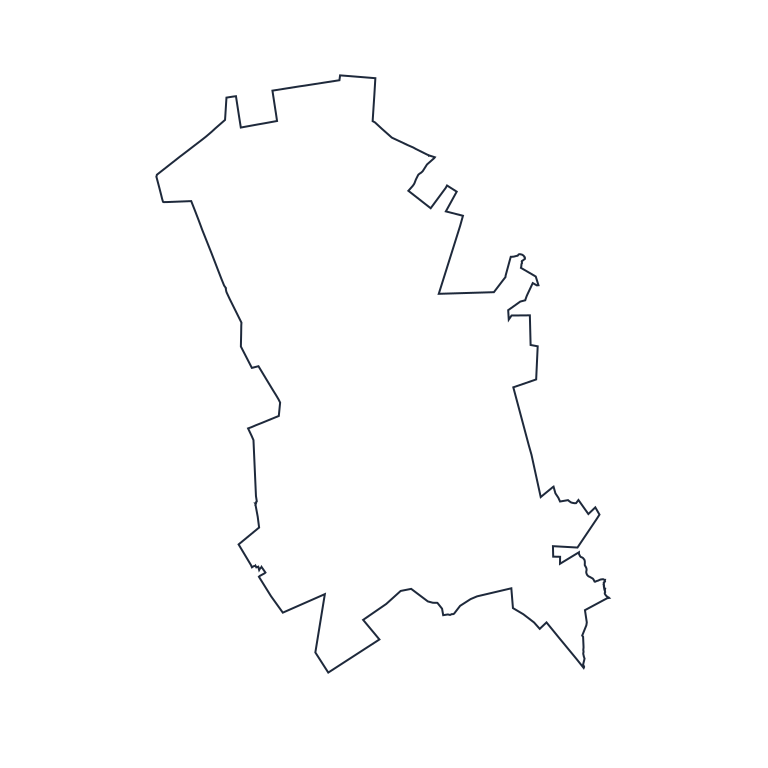 outline of Opodepe, Sonora, Mexico, rotated 81°
{"feature_id": "50627088B76508997852309", "entity_name": "Opodepe", "entity_type": "district", "adm_level": 2, "iso_a3": "MEX", "parent_name": "Mexico", "parent_adm1": "Sonora", "projection": "albers", "projection_center": [-110.689, 30.036], "detail": "fine", "context": "isolated", "style": "outline", "palette": "slate", "viewbox_px": 768, "rotation_deg": 81, "n_neighbors": 0, "source": "geoboundaries", "source_scale": "gbopen_adm2", "svg_char_len": 5595}
<svg xmlns="http://www.w3.org/2000/svg" viewBox="0 0 768 768"><g transform="rotate(81 384 384)"><path d="M660.3,484.2L635.6,428.5L613.7,441.5L601.6,416.2L591.0,399.9L590.6,389.2L605.6,374.7L607.7,370.0L608.5,365.5L615.0,361.8L621.6,361.7L621.6,358.0L621.6,357.2L621.8,356.4L622.3,355.4L622.4,354.6L622.1,353.8L621.9,353.1L622.1,351.8L622.0,351.2L621.7,350.6L615.0,343.5L610.0,332.1L608.3,325.3L605.7,290.2L625.5,291.7L633.2,282.4L643.0,273.1L650.2,268.5L644.9,260.8L662.1,250.8L685.5,237.0L695.7,231.2L695.4,231.0L695.1,230.8L694.9,230.7L694.7,230.6L694.1,230.7L693.8,230.8L693.4,230.9L693.1,231.0L692.8,231.1L692.5,231.1L692.3,231.2L692.1,231.1L691.9,231.1L691.7,231.0L690.5,230.5L689.8,230.2L688.4,229.6L688.1,229.5L687.9,229.4L687.1,229.1L686.7,229.0L686.6,228.9L686.2,229.0L685.9,229.0L685.3,229.1L684.1,229.3L683.2,229.3L682.3,229.4L681.6,229.4L681.1,229.3L680.9,229.3L680.7,229.1L680.1,228.9L679.8,228.9L679.6,228.8L679.4,228.8L679.0,228.7L678.4,228.8L677.6,228.7L676.8,228.5L675.8,228.2L674.5,228.0L664.8,226.9L663.5,227.6L654.0,221.9L651.2,221.0L638.8,220.9L630.5,197.1L630.5,195.1L630.1,195.4L629.8,196.0L629.3,196.4L628.5,197.3L627.2,198.1L626.5,198.4L625.8,198.7L625.0,198.7L624.1,198.1L623.9,198.2L623.7,198.2L623.4,198.2L623.0,198.2L622.7,198.3L622.4,198.1L622.2,198.0L621.9,198.2L621.8,198.3L621.7,198.3L621.5,198.5L621.4,198.5L621.3,198.4L621.2,198.3L621.1,198.1L621.0,197.9L620.9,197.7L620.7,197.6L620.6,197.8L620.4,198.0L620.2,198.3L620.1,198.5L619.9,198.6L619.7,198.6L619.5,198.4L619.4,198.3L619.2,198.3L618.8,198.3L618.7,198.3L618.4,198.4L618.3,198.5L618.1,198.5L618.1,198.4L617.8,198.3L617.6,198.3L617.4,198.2L617.2,198.3L616.9,198.2L616.7,198.2L616.4,198.2L616.3,198.3L616.2,198.4L615.9,198.2L615.7,198.2L614.9,198.1L614.9,197.8L614.8,197.7L614.7,197.6L614.4,197.6L614.1,197.5L614.0,197.4L613.8,197.3L613.7,196.8L613.6,196.6L613.4,196.5L613.1,196.6L612.9,196.7L612.6,196.6L612.2,196.5L612.0,196.4L611.9,197.0L611.5,197.5L611.1,198.1L611.0,198.9L611.0,199.6L611.0,200.8L611.1,201.3L611.4,202.3L611.7,203.3L611.8,204.3L611.9,204.8L612.1,205.7L612.3,206.2L612.3,206.6L612.0,207.0L611.6,207.1L610.9,207.3L609.8,207.7L608.9,208.2L608.3,208.9L607.6,209.8L606.7,210.9L606.3,211.6L605.6,212.4L604.4,213.2L603.9,213.4L602.4,213.7L601.4,213.7L601.0,213.6L600.2,213.3L599.3,213.0L598.3,212.9L597.4,213.0L596.8,213.1L596.1,213.4L595.6,213.5L594.9,213.9L594.4,214.0L594.1,214.0L592.5,213.7L591.3,213.5L590.3,213.4L589.6,213.5L588.8,213.6L588.2,214.0L587.1,214.6L586.3,215.5L585.6,216.7L584.9,217.2L584.3,217.4L583.6,217.6L582.9,217.9L581.8,218.0L580.7,217.8L589.1,238.3L582.2,237.1L581.0,243.9L570.6,242.5L575.8,218.5L550.1,194.6L546.7,191.6L538.9,194.6L544.4,202.5L529.0,210.1L531.7,212.9L531.6,214.3L531.0,216.1L530.3,217.7L528.8,219.3L527.5,220.4L527.6,228.5L523.6,229.6L518.8,231.8L511.9,232.6L512.1,233.1L518.3,243.7L520.2,246.9L477.0,249.4L467.0,250.6L407.5,256.8L403.3,233.0L370.8,226.3L368.4,233.1L339.0,229.2L336.3,247.3L339.9,250.7L330.5,249.8L323.9,236.5L323.4,231.4L321.8,230.6L319.6,229.4L317.9,228.3L307.6,221.3L310.5,217.6L310.6,216.0L301.6,217.3L290.7,230.6L289.0,229.9L288.6,229.8L288.2,229.8L286.8,229.3L286.3,229.0L286.2,228.8L285.9,228.8L285.7,228.8L285.1,228.7L284.6,228.8L284.3,228.7L284.0,228.4L284.0,228.1L282.4,225.2L282.1,225.2L281.6,225.1L280.9,225.1L280.8,225.3L280.6,225.3L280.4,225.5L280.0,225.7L279.5,225.8L279.1,226.1L278.8,226.3L278.5,226.7L277.8,227.5L277.5,228.2L277.4,228.5L277.3,228.8L277.1,229.2L277.0,229.7L277.0,230.4L277.2,230.9L277.8,231.5L278.1,231.8L278.2,232.0L278.2,232.9L278.2,233.2L278.3,233.8L278.4,235.0L278.5,235.9L278.4,236.9L278.4,237.6L278.2,238.9L281.0,240.2L295.9,246.9L297.4,247.3L300.1,250.2L310.5,261.1L303.5,315.8L239.8,284.1L230.2,279.7L223.2,295.9L205.4,282.1L197.8,290.7L200.0,292.4L217.7,310.4L197.0,329.7L192.9,324.7L192.4,324.2L191.4,323.2L190.3,322.4L188.9,321.6L187.0,320.5L183.5,318.0L182.6,317.3L182.2,316.6L181.6,315.5L181.1,314.3L180.5,313.4L179.9,312.5L173.9,307.2L168.7,299.0L168.0,298.3L165.6,303.1L165.6,304.0L165.0,304.1L164.3,305.3L156.9,315.7L155.0,318.1L151.7,323.3L141.9,337.7L131.7,346.1L124.2,352.0L122.6,354.1L96.5,348.2L80.6,344.7L74.6,369.5L72.3,379.1L77.0,380.5L76.9,410.1L76.9,415.3L76.8,421.2L76.8,448.3L96.3,448.4L99.8,448.4L107.5,448.5L107.8,461.3L107.9,468.3L108.3,485.3L96.5,485.3L76.6,485.2L76.5,488.5L76.5,490.7L76.5,494.8L94.4,498.8L98.3,499.7L105.2,510.7L108.0,514.9L111.8,521.1L113.7,524.5L120.6,537.2L124.9,545.1L125.0,545.3L126.3,547.7L127.4,549.8L141.8,575.6L142.9,576.0L143.6,576.4L145.3,576.2L155.2,575.2L162.6,574.5L166.3,574.2L168.5,573.9L169.4,573.8L169.7,573.5L170.0,572.8L170.0,572.2L170.4,569.5L173.2,545.8L183.6,543.5L193.0,541.5L199.9,540.1L203.0,539.5L221.2,535.4L227.4,534.0L240.0,531.3L245.2,530.2L254.9,528.1L261.8,526.5L264.6,525.1L265.0,525.4L267.8,525.3L269.0,525.1L275.6,523.2L301.1,515.2L303.8,515.8L311.9,517.2L324.6,519.5L347.4,512.0L346.8,505.2L361.6,499.2L373.1,494.5L378.3,492.3L382.6,490.6L386.1,489.5L399.1,492.9L401.0,501.0L403.3,510.7L404.7,517.0L405.5,520.1L405.6,520.5L405.9,521.7L406.6,525.2L414.4,522.9L419.0,521.7L474.7,528.0L480.0,528.0L480.5,528.5L480.6,528.8L480.8,528.9L481.3,528.9L481.7,529.0L481.9,529.2L481.8,529.8L482.2,529.6L482.6,529.6L483.2,529.9L483.3,529.7L483.7,529.8L495.3,529.5L506.2,529.8L519.7,552.7L542.1,543.7L544.4,543.1L543.6,541.4L543.4,539.5L543.3,539.4L545.1,538.8L544.9,538.0L544.9,537.2L544.8,536.8L545.7,536.7L548.2,536.4L546.7,535.2L546.1,534.0L545.5,533.6L551.7,530.6L552.3,531.6L554.1,536.6L554.8,537.7L575.9,528.8L594.0,519.7L582.3,475.3L638.4,493.8L660.3,484.2Z" fill="none" stroke="#1e293b" stroke-width="2"/></g></svg>